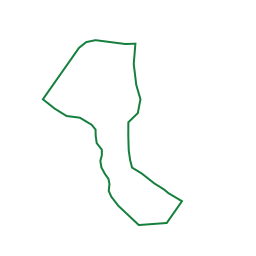 the District of Mpigi, rotated 125°
{"feature_id": "UGA-3078", "entity_name": "Mpigi", "entity_type": "District", "adm_level": 1, "iso_a3": "UGA", "parent_name": "Uganda", "parent_adm1": "", "projection": "natural_earth1", "projection_center": [32.214, 0.138], "detail": "fine", "context": "isolated", "style": "outline", "palette": "green", "viewbox_px": 256, "rotation_deg": 125, "n_neighbors": 0, "source": "natural_earth", "source_scale": "10m", "svg_char_len": 629}
<svg xmlns="http://www.w3.org/2000/svg" viewBox="0 0 256 256"><g transform="rotate(125 128 128)"><path d="M157.4,90.5L158.3,74.6L157.7,63.1L158.2,57.4L157.0,41.8L183.6,41.8L201.3,63.5L197.3,91.2L193.9,102.2L190.6,107.7L184.6,111.0L180.9,114.8L178.8,120.7L175.6,127.1L170.8,131.8L165.3,133.8L160.8,137.0L158.3,145.0L152.9,150.0L147.9,153.7L146.2,159.7L147.2,173.4L153.4,185.2L154.2,199.0L153.3,214.2L90.3,214.1L81.6,211.5L74.7,205.0L60.7,178.3L54.7,170.3L72.3,160.0L88.0,145.9L97.3,134.3L110.2,128.5L123.1,131.0L133.8,123.6L146.0,114.5L153.1,107.8L158.1,102.0L157.4,90.5Z" fill="none" stroke="#15803d" stroke-width="2"/></g></svg>